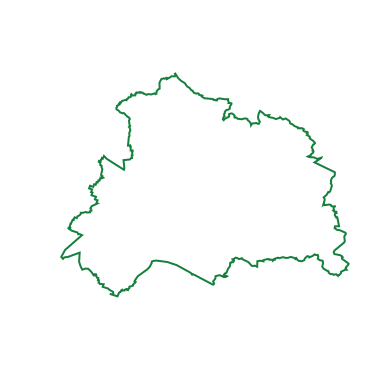 the district of Ameca, Jalisco, Mexico, rotated 165°
{"feature_id": "50627088B91562920030226", "entity_name": "Ameca", "entity_type": "district", "adm_level": 2, "iso_a3": "MEX", "parent_name": "Mexico", "parent_adm1": "Jalisco", "projection": "mercator", "projection_center": [-104.087, 20.535], "detail": "fine", "context": "isolated", "style": "outline", "palette": "green", "viewbox_px": 384, "rotation_deg": 165, "n_neighbors": 0, "source": "geoboundaries", "source_scale": "gbopen_adm2", "svg_char_len": 5978}
<svg xmlns="http://www.w3.org/2000/svg" viewBox="0 0 384 384"><g transform="rotate(165 192 192)"><path d="M211.2,111.4L195.7,97.0L194.7,97.4L194.3,98.1L194.8,100.1L191.9,102.3L191.0,104.6L186.7,104.5L183.3,101.6L181.5,101.2L180.0,101.6L182.7,103.7L181.4,104.8L179.7,104.9L177.2,108.3L174.5,110.6L173.5,113.5L172.9,113.4L172.2,114.1L170.6,113.5L169.5,114.3L169.2,115.1L170.4,116.0L170.3,116.6L169.6,116.3L166.9,117.3L165.1,116.3L164.0,115.0L161.1,115.1L161.2,114.5L155.6,109.6L153.5,105.4L152.3,104.6L150.5,104.7L148.4,102.9L146.8,108.2L144.0,108.0L140.9,106.5L140.7,107.7L136.2,107.7L134.7,107.0L134.8,106.5L132.2,105.9L131.8,104.6L130.9,105.2L129.5,105.2L129.7,106.1L126.0,106.3L124.7,105.5L120.9,105.5L118.8,104.2L116.5,103.6L113.4,103.7L110.3,101.9L109.9,101.2L108.4,101.4L108.2,100.9L108.8,100.2L108.1,100.0L107.0,98.1L104.0,96.7L101.2,97.1L100.1,98.7L97.2,100.2L95.5,99.2L95.6,98.5L92.0,99.0L89.7,100.0L88.6,99.0L86.8,98.7L86.8,96.7L87.8,95.0L86.3,93.1L83.8,91.9L83.5,91.4L84.0,89.1L85.5,86.2L84.8,84.0L81.8,80.8L81.0,80.6L80.6,79.8L80.9,78.6L79.5,76.9L77.2,76.2L76.6,75.3L74.1,75.3L72.8,73.3L72.5,73.9L71.4,73.6L69.1,75.1L68.6,76.4L64.4,77.2L62.9,76.9L63.5,78.1L62.9,78.4L62.9,79.3L59.8,81.4L59.3,82.4L64.4,88.7L64.1,90.4L63.4,90.3L63.6,90.9L65.2,92.6L70.5,95.2L70.7,97.3L69.3,98.7L57.8,104.0L57.0,105.5L56.5,109.5L54.2,111.8L54.3,112.9L58.9,116.7L61.7,117.9L63.6,120.2L62.8,121.8L58.8,120.9L58.2,129.9L58.6,130.4L59.3,130.1L60.1,132.8L59.3,134.1L57.8,134.3L57.7,135.6L59.6,136.2L60.4,137.5L59.4,138.0L59.6,139.1L58.9,141.1L56.7,141.0L59.6,141.5L61.0,142.3L61.2,143.5L62.4,144.3L67.9,145.1L68.2,145.2L67.8,146.1L68.4,145.8L65.9,150.0L65.7,151.4L66.2,152.7L62.9,154.3L60.4,156.7L59.8,156.2L58.4,156.9L55.5,161.4L55.2,162.7L55.7,164.5L54.9,165.7L54.9,167.2L52.9,169.6L50.4,170.5L49.5,171.8L48.9,174.1L66.0,188.9L58.4,191.3L58.1,191.7L62.3,191.5L65.5,194.0L69.7,195.3L70.9,196.3L67.7,196.8L67.3,197.6L64.8,198.6L64.2,199.6L64.9,200.6L64.2,201.0L64.8,204.2L62.6,206.5L61.6,206.6L60.5,207.4L61.7,210.0L64.5,213.3L63.9,214.4L64.1,215.2L66.1,217.1L65.3,217.3L65.3,218.5L65.8,219.0L64.9,219.5L65.0,220.1L67.6,221.3L68.6,222.4L68.4,223.5L67.8,223.8L68.6,224.7L70.1,225.5L71.3,225.4L72.7,226.7L73.2,226.3L73.9,227.7L75.9,229.1L77.8,231.8L79.3,232.6L79.5,235.4L82.5,238.8L85.4,238.5L87.5,241.5L87.9,241.0L92.0,240.7L94.7,242.7L98.3,244.4L98.9,245.1L97.6,246.3L101.0,247.0L101.7,247.6L103.3,250.4L105.2,252.3L104.7,253.4L107.2,250.7L108.9,247.1L109.0,245.1L108.3,242.2L109.8,240.6L111.1,241.0L111.8,241.9L116.1,242.6L117.7,241.2L117.5,242.9L118.2,245.1L119.6,246.9L119.6,249.0L119.8,248.6L122.4,249.5L124.8,249.3L129.1,251.0L129.8,252.4L131.5,252.8L131.7,253.6L131.1,254.5L131.4,255.5L132.7,257.2L133.8,257.8L136.0,257.7L136.7,255.2L142.0,254.0L142.8,253.2L143.4,254.2L142.1,256.3L140.9,256.7L141.1,258.7L140.0,259.5L139.6,260.9L137.6,262.3L135.9,262.1L134.0,262.7L133.4,264.6L131.0,266.9L131.0,267.5L133.7,268.5L133.2,269.3L133.6,271.3L133.1,272.3L136.6,273.2L141.2,275.3L143.5,275.2L144.1,274.0L145.6,274.5L146.1,275.2L147.3,275.3L147.8,276.4L155.6,279.3L158.0,281.7L158.1,282.7L157.7,282.8L159.9,284.0L160.0,285.1L160.7,285.8L162.4,285.9L164.6,287.5L165.2,289.8L166.3,290.4L167.4,293.1L169.4,295.2L170.8,299.1L173.7,302.1L175.9,305.6L177.5,310.7L178.0,310.5L177.6,308.8L178.6,308.1L181.7,309.1L184.8,308.0L185.9,308.4L186.4,307.6L187.2,307.5L187.5,308.9L189.2,308.5L189.9,309.1L192.4,309.0L195.1,306.0L196.5,300.2L197.8,300.0L200.0,298.6L201.0,296.1L202.0,296.0L202.5,296.9L206.3,296.8L208.5,297.8L210.9,297.7L212.4,299.2L213.3,299.4L213.9,300.7L215.4,301.0L215.6,301.6L216.6,301.3L216.9,302.1L218.3,301.9L219.7,302.5L220.1,302.4L220.1,301.6L221.3,301.6L221.8,300.0L224.4,300.7L225.3,302.2L225.8,301.8L225.9,300.2L226.5,299.8L227.8,299.5L228.7,299.9L229.9,298.7L231.0,298.6L231.5,297.6L232.3,298.1L235.9,298.1L237.9,296.5L237.8,297.3L238.3,297.3L239.8,296.0L239.6,295.2L242.1,294.7L242.2,293.7L243.3,292.9L243.5,291.3L241.8,289.6L240.9,287.6L238.7,286.0L237.4,285.9L234.8,281.3L233.8,280.6L233.1,278.7L234.4,277.2L235.0,273.0L234.7,271.8L236.0,271.2L235.6,270.4L235.6,267.4L237.4,265.2L237.8,262.4L238.8,261.5L241.8,253.4L239.8,253.1L240.1,252.0L239.4,251.8L240.5,248.0L238.6,247.5L238.8,246.6L239.5,246.7L240.0,242.9L240.7,243.0L241.2,240.4L241.9,240.6L243.5,239.5L249.9,240.5L251.2,232.5L252.0,231.1L265.7,246.0L267.7,249.6L269.4,247.4L270.2,248.1L270.7,246.9L271.7,246.8L272.3,245.2L273.8,246.1L274.3,245.3L273.1,244.1L273.6,241.7L272.5,240.8L272.9,239.8L272.7,237.2L275.4,232.0L275.3,230.6L274.5,230.5L274.7,229.8L274.0,228.8L276.0,228.6L276.9,229.3L278.4,226.9L279.3,227.5L280.7,225.6L281.6,226.2L283.2,223.9L284.5,224.8L286.1,222.5L288.8,224.4L290.5,222.1L287.8,220.3L289.5,218.0L288.2,217.2L289.9,214.9L286.0,212.2L287.7,210.0L285.4,208.4L287.1,206.1L286.2,205.4L292.5,204.3L294.4,202.5L293.8,201.2L294.0,200.0L295.5,199.9L295.7,198.8L298.5,199.2L299.7,200.2L302.4,200.1L304.8,200.7L305.0,199.7L306.5,198.7L308.9,198.1L310.1,196.6L311.8,197.9L312.9,196.9L313.6,195.5L314.5,196.0L317.2,192.6L317.5,192.9L319.4,189.8L318.7,189.0L319.1,188.4L320.5,189.3L320.8,188.8L318.2,185.8L313.1,182.5L312.8,180.6L311.5,180.5L309.4,178.8L329.6,168.9L335.1,163.1L333.9,160.8L332.3,161.9L328.5,161.4L316.2,162.5L319.1,153.8L318.9,149.3L318.1,145.4L314.8,145.6L312.1,144.7L310.0,141.2L308.5,136.8L307.4,136.5L307.1,137.7L305.9,137.2L306.2,135.2L305.8,133.6L304.8,133.2L305.7,131.2L304.7,130.8L305.7,128.7L305.1,128.5L304.9,127.1L301.2,125.8L302.8,123.5L297.8,120.3L297.4,119.2L294.1,116.0L294.2,114.5L295.0,113.4L297.8,114.9L291.0,110.5L288.6,113.5L287.7,114.1L287.0,113.9L285.7,115.4L285.0,115.6L285.1,114.8L282.8,114.4L282.7,114.9L280.6,115.2L280.1,114.2L279.2,113.9L278.9,114.9L277.5,115.1L277.0,116.7L273.3,116.8L272.9,117.9L270.0,119.3L269.7,119.8L270.7,120.5L270.2,121.2L266.3,124.6L255.1,128.9L252.2,130.7L249.6,133.5L248.7,135.3L246.9,135.4L244.2,135.0L233.8,130.7L225.7,125.3L214.1,114.2L213.3,112.2L212.7,112.6L211.2,111.4Z" fill="none" stroke="#15803d" stroke-width="2"/></g></svg>